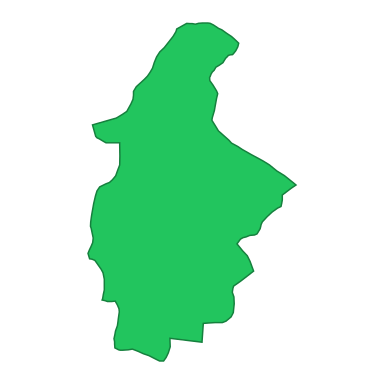 outline of Makhmour, Arbil, Iraq
{"feature_id": "34846034B86944625469149", "entity_name": "Makhmour", "entity_type": "district", "adm_level": 2, "iso_a3": "IRQ", "parent_name": "Iraq", "parent_adm1": "Arbil", "projection": "mercator", "projection_center": [43.61, 35.824], "detail": "fine", "context": "isolated", "style": "filled", "palette": "green", "viewbox_px": 384, "rotation_deg": 0, "n_neighbors": 0, "source": "geoboundaries", "source_scale": "gbopen_adm2", "svg_char_len": 2380}
<svg xmlns="http://www.w3.org/2000/svg" viewBox="0 0 384 384"><path d="M92.5,124.9L95.7,136.3L97.0,137.8L99.2,138.8L103.7,141.5L106.0,142.8L119.7,142.8L119.7,145.3L119.9,156.0L119.7,165.0L117.7,170.2L115.7,175.8L112.4,179.8L109.4,182.5L106.0,183.8L99.7,186.9L97.0,190.9L95.5,195.8L93.7,203.5L92.0,213.1L91.5,216.1L90.7,222.0L90.6,224.0L90.5,226.3L91.2,228.4L93.2,238.0L92.7,242.6L91.0,246.6L89.5,249.7L88.0,253.4L89.6,258.8L92.1,259.2L94.9,260.4L97.1,263.5L101.1,269.2L103.0,272.7L104.3,279.2L104.3,282.7L104.3,287.7L104.3,290.0L103.3,294.6L102.7,298.4L102.1,300.0L105.2,300.7L107.4,301.5L108.0,301.5L111.8,301.5L115.2,301.1L117.4,305.0L119.0,308.8L119.3,311.9L118.3,318.8L118.0,321.5L117.4,325.7L115.5,331.0L114.9,334.5L114.0,338.7L114.6,341.8L114.6,344.1L114.9,347.9L118.6,349.8L120.2,350.2L122.4,350.2L128.3,349.8L132.4,349.1L138.3,351.4L143.3,353.7L148.9,355.6L155.5,359.0L159.6,361.0L163.6,361.0L166.1,357.5L168.3,352.9L170.2,346.8L169.9,338.3L202.0,342.2L203.3,323.4L208.3,323.0L214.8,322.6L222.3,322.6L226.1,321.1L226.4,320.8L231.1,316.9L233.3,312.6L234.2,303.8L233.9,296.9L232.3,292.3L232.9,288.4L233.6,286.1L241.1,280.8L253.6,271.1L250.1,261.5L247.3,255.8L242.6,250.8L237.0,243.9L240.4,239.2L242.9,237.7L246.1,236.9L249.8,235.4L254.5,235.0L257.0,233.9L258.9,230.8L260.1,228.8L260.7,226.5L261.1,224.6L262.3,221.9L267.3,216.5L272.3,211.9L277.6,208.1L281.0,206.5L281.7,203.4L282.3,200.0L282.3,195.0L291.0,188.4L296.0,185.0L293.6,183.0L284.5,175.7L276.9,171.0L269.4,164.9L263.1,161.0L251.1,154.5L242.3,149.5L237.8,146.5L231.5,143.1L229.0,140.3L222.5,134.5L218.4,130.9L215.7,126.4L211.9,120.3L212.3,117.7L214.4,110.5L215.1,106.4L216.6,98.2L217.7,93.7L216.6,91.0L213.0,85.1L209.8,80.6L209.6,77.5L210.3,76.2L211.0,74.2L212.3,72.0L214.1,70.3L215.9,67.2L219.1,65.3L222.9,62.7L225.6,58.3L227.7,56.3L228.1,55.5L229.9,54.9L232.6,54.6L234.0,53.0L235.8,50.7L237.8,46.8L238.7,43.2L234.0,38.7L231.5,36.5L226.8,33.4L221.8,29.8L218.6,28.4L213.5,25.0L210.1,23.3L207.8,23.0L205.3,23.0L202.6,23.0L198.6,23.3L195.4,24.2L193.8,23.9L192.2,23.6L189.8,23.6L186.7,23.4L176.7,29.0L176.2,30.9L175.8,31.9L173.1,36.4L164.3,47.6L159.8,51.9L156.6,56.9L154.3,62.5L152.5,68.2L150.1,72.3L147.5,76.1L144.4,79.3L140.7,82.7L136.3,86.7L133.5,91.4L133.5,95.2L133.0,99.3L131.0,103.8L126.8,111.4L122.4,114.4L116.2,118.1L110.9,119.6L97.0,123.6L92.5,124.9Z" fill="#22c55e" stroke="#15803d" stroke-width="1.5"/></svg>